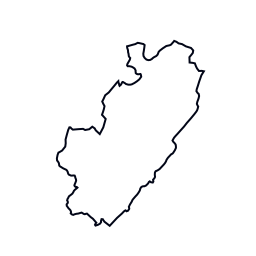 Lyelchytsy, Gomel, Belarus (Equal Earth projection), rotated 133°
{"feature_id": "67162791B62905803070856", "entity_name": "Lyelchytsy", "entity_type": "district", "adm_level": 2, "iso_a3": "BLR", "parent_name": "Belarus", "parent_adm1": "Gomel", "projection": "equal_earth", "projection_center": [28.18, 51.753], "detail": "fine", "context": "isolated", "style": "outline", "palette": "ink", "viewbox_px": 256, "rotation_deg": 133, "n_neighbors": 0, "source": "geoboundaries", "source_scale": "gbopen_adm2", "svg_char_len": 3699}
<svg xmlns="http://www.w3.org/2000/svg" viewBox="0 0 256 256"><g transform="rotate(133 128 128)"><path d="M193.4,162.1L193.9,161.9L195.8,161.1L196.9,160.4L197.9,159.8L198.8,159.2L199.6,158.3L200.2,157.6L200.2,156.9L200.4,156.0L200.8,154.7L201.5,153.7L202.4,152.6L202.4,151.2L202.1,150.1L201.9,148.8L201.6,147.5L201.2,146.3L200.7,144.7L200.7,143.7L201.2,142.2L201.8,141.3L202.3,140.3L202.4,139.2L202.1,138.5L201.7,137.3L201.2,136.7L199.9,135.5L199.2,134.6L199.5,133.7L200.3,132.6L201.0,131.1L201.9,130.0L203.3,129.4L204.3,129.0L205.7,128.5L206.5,128.1L206.9,127.2L206.8,126.1L206.1,125.3L206.1,124.3L207.2,124.4L209.3,124.7L210.8,124.7L212.0,124.3L213.9,123.9L216.0,124.2L218.3,124.6L219.7,124.1L221.2,123.8L222.5,123.1L222.8,122.0L223.7,121.0L225.7,120.8L226.7,119.7L226.8,118.9L227.0,118.2L227.3,116.6L227.3,115.5L227.4,114.2L227.8,113.1L228.4,112.2L229.5,111.7L229.5,110.2L228.9,108.8L227.5,108.2L225.9,107.2L224.5,106.0L222.9,105.1L221.5,104.2L221.3,103.2L221.0,101.7L220.5,100.8L219.2,100.1L218.6,99.6L218.6,98.0L218.6,94.6L218.3,91.8L218.6,89.0L218.9,86.6L219.7,86.6L221.3,86.1L221.5,85.2L219.4,84.0L217.0,83.2L215.2,83.5L214.5,84.3L212.7,85.2L211.9,84.2L212.3,82.9L212.6,81.2L212.0,74.7L209.4,74.7L207.0,74.7L204.6,74.7L201.2,74.7L197.9,74.4L194.7,74.1L192.5,74.1L190.9,74.0L189.9,73.6L189.9,72.3L188.6,71.6L186.5,71.9L185.9,72.3L185.1,73.6L182.6,74.4L179.5,75.0L177.4,75.7L175.6,75.8L173.1,75.9L170.4,75.9L168.2,76.2L166.6,76.5L165.3,76.9L164.1,77.6L162.5,78.0L161.1,77.7L160.3,77.2L159.5,76.3L157.9,75.6L156.1,75.5L154.7,75.5L153.3,75.9L152.2,75.7L152.0,74.2L151.0,72.7L149.9,72.9L148.7,74.4L147.8,74.4L146.5,74.5L145.3,74.9L144.2,76.2L143.6,76.8L142.1,78.0L140.7,78.3L138.9,77.5L136.9,77.0L136.6,76.9L134.4,76.9L132.5,76.9L130.1,76.9L128.0,77.1L126.4,77.5L125.0,78.1L122.6,78.5L120.5,78.5L117.8,78.5L116.4,78.0L115.4,78.0L112.2,78.6L109.8,79.4L108.5,80.7L107.6,81.9L107.3,83.5L107.2,85.5L106.8,86.9L105.3,87.3L103.6,87.7L101.2,87.8L98.5,87.8L94.1,87.9L88.7,88.0L84.3,88.4L77.8,88.6L72.8,88.9L69.6,89.2L68.0,89.5L66.4,90.2L64.4,91.3L64.2,92.2L63.4,94.1L61.5,95.2L59.3,96.1L58.0,96.7L56.1,97.8L54.9,99.5L54.9,101.0L54.4,103.1L52.7,104.2L49.2,105.8L45.5,107.6L42.3,109.0L39.4,110.3L34.8,111.2L35.9,113.0L37.9,115.0L37.4,118.0L36.6,120.2L35.1,123.2L36.3,125.2L38.1,127.6L36.3,129.4L34.3,131.4L30.9,131.6L28.9,131.8L26.8,133.2L26.5,136.5L28.8,141.3L29.8,145.7L31.6,148.7L31.9,151.3L32.8,153.6L33.4,153.5L37.7,153.4L39.0,153.9L41.9,155.9L46.0,156.9L49.7,157.5L51.4,157.5L54.1,156.4L56.0,156.4L58.6,157.3L60.3,157.6L61.2,157.6L63.1,158.2L64.5,159.4L65.4,161.2L65.4,163.6L64.8,165.7L63.2,167.5L60.7,169.1L58.1,170.9L56.0,172.4L56.1,174.0L58.0,177.3L59.1,179.0L61.7,179.9L63.7,181.2L67.0,183.2L68.9,184.4L69.9,183.3L71.1,181.1L72.6,179.5L73.3,178.3L74.9,176.4L75.2,175.5L75.3,174.1L76.9,173.2L79.1,172.7L81.6,172.1L82.8,171.4L83.0,170.4L81.9,169.2L80.7,167.2L80.3,165.7L80.0,163.8L80.7,161.7L81.5,161.0L82.6,159.7L82.5,158.5L81.9,157.3L80.0,155.7L80.4,154.7L81.5,153.3L84.7,152.9L87.7,153.3L90.7,154.0L93.5,155.0L94.9,156.0L96.1,157.3L96.7,158.5L97.2,159.4L97.3,160.7L97.5,161.5L97.7,162.8L98.1,163.4L98.5,163.4L100.4,162.9L101.4,162.7L102.9,162.9L102.5,163.9L101.8,164.7L101.1,166.2L100.4,167.0L102.3,167.1L106.8,166.8L110.5,166.6L115.1,166.3L119.6,167.0L123.7,165.6L126.2,164.9L127.3,162.2L128.0,160.1L130.7,158.5L133.6,157.1L136.1,156.0L136.3,153.5L136.6,150.5L144.4,146.5L151.7,144.5L151.7,146.8L151.7,150.0L151.0,152.1L151.4,155.0L155.3,155.5L158.7,158.0L159.3,160.3L162.5,163.3L164.8,165.4L166.8,167.2L167.0,168.9L166.8,170.5L167.5,171.3L170.2,170.4L174.5,168.2L179.0,165.8L181.7,163.1L184.4,161.2L189.4,160.8L192.5,161.7L193.4,162.1Z" fill="none" stroke="#020617" stroke-width="2"/></g></svg>